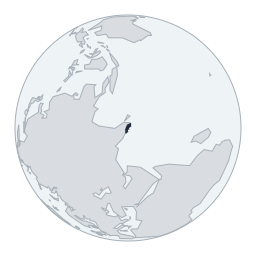 globe centered on Kerala, rotated 232°
{"feature_id": "IND-2442", "entity_name": "Kerala", "entity_type": "State", "adm_level": 1, "iso_a3": "IND", "parent_name": "India", "parent_adm1": "", "projection": "orthographic", "projection_center": [76.221, 10.533], "detail": "fine", "context": "on_globe", "style": "filled", "palette": "slate", "viewbox_px": 256, "rotation_deg": 232, "n_neighbors": 0, "source": "natural_earth", "source_scale": "10m", "svg_char_len": 9667}
<svg xmlns="http://www.w3.org/2000/svg" viewBox="0 0 256 256"><g transform="rotate(232 128 128)"><circle cx="128" cy="128" r="113" fill="#eef3f6" stroke="#a8b0b8"/><path d="M165.2,21.7L163.1,21.0L165.2,21.7ZM173.3,24.9L172.0,24.6L174.3,25.6L167.3,22.9L170.6,23.8L169.9,23.5L171.6,24.2L173.3,24.9ZM163.6,21.6L162.6,21.4L163.6,21.6ZM124.4,15.4L125.6,15.4L124.6,15.5L121.6,15.5L121.9,15.5L124.4,15.4ZM20.1,95.7L21.0,92.8L23.6,85.7L37.5,65.6L37.8,67.6L45.8,67.3L46.3,68.4L42.6,73.4L46.3,81.8L50.8,77.9L56.9,83.2L62.8,84.0L69.8,74.5L60.2,72.8L61.3,67.8L71.2,65.1L80.0,67.2L80.8,65.4L77.5,60.5L81.9,57.8L76.7,58.7L77.0,60.7L73.8,61.5L73.2,59.7L74.8,58.7L72.8,57.5L65.8,63.1L65.5,65.8L58.8,65.8L57.6,70.3L54.9,72.1L56.1,65.0L57.7,62.7L57.9,55.2L55.5,57.5L55.2,65.0L54.2,64.2L51.0,67.9L52.7,64.4L53.7,56.2L49.3,56.7L39.5,65.2L37.8,65.4L38.2,63.0L45.9,53.6L48.9,54.2L51.7,51.4L54.6,47.0L55.2,47.7L56.8,46.2L58.3,46.5L63.8,43.4L65.9,43.5L71.4,39.3L73.2,38.9L69.4,41.4L67.9,43.5L73.3,44.5L75.4,43.8L78.5,41.1L79.6,42.0L82.0,39.3L86.8,39.1L82.9,37.2L86.5,34.5L91.3,33.0L91.8,31.9L84.1,34.5L81.6,35.9L80.7,37.5L73.4,41.8L70.8,42.1L75.8,36.9L72.6,37.1L77.9,33.4L95.4,27.9L101.0,27.6L103.1,32.2L99.9,33.4L97.5,32.3L96.6,35.6L98.2,34.2L99.1,35.1L102.8,33.3L103.6,33.8L105.7,31.2L107.1,31.8L105.8,33.4L112.4,31.6L116.3,32.4L117.4,31.8L117.5,30.9L122.4,32.9L123.0,32.3L121.6,31.4L121.9,29.9L124.4,28.0L125.9,28.8L125.3,29.6L126.2,32.6L124.1,34.8L125.0,35.0L127.1,33.3L126.0,29.6L127.1,28.3L128.1,29.8L127.8,29.2L128.8,28.8L131.2,29.2L130.4,27.5L139.3,23.7L144.9,24.6L144.8,26.2L152.7,25.5L158.4,27.3L157.1,26.4L160.0,25.9L158.3,25.3L157.9,24.8L164.6,24.2L167.4,25.0L168.9,24.4L168.2,24.0L166.2,23.4L167.3,22.9L174.3,25.6L175.4,26.2L179.0,27.8L181.0,29.3L184.4,31.5L184.5,32.7L187.1,34.6L188.2,35.1L192.7,38.3L197.9,44.0L188.7,37.4L179.9,30.0L183.1,32.6L180.9,31.6L181.1,32.4L183.5,34.5L184.7,35.0L180.9,37.3L183.7,43.7L187.1,43.5L190.6,45.7L196.7,54.6L195.6,67.1L200.3,71.6L201.5,74.5L199.5,76.3L197.6,72.0L194.4,70.4L193.6,67.9L189.8,69.8L188.6,66.3L186.2,69.9L188.6,72.7L192.5,72.0L190.9,77.0L196.6,82.1L198.7,88.3L194.3,99.7L187.5,103.4L187.4,105.5L183.9,103.2L180.5,107.4L187.9,119.1L188.0,122.5L181.9,129.3L181.5,126.7L172.4,120.6L171.4,128.9L178.4,135.6L180.9,143.7L175.9,141.3L173.3,134.2L170.0,131.9L170.3,124.7L166.5,114.2L161.4,116.2L161.2,112.0L155.2,103.5L147.6,106.2L135.8,117.4L135.0,128.3L130.6,133.0L122.9,117.3L121.4,106.8L117.5,107.7L110.6,98.8L95.3,97.5L94.2,94.7L91.0,95.8L86.4,92.8L85.1,88.4L81.8,88.4L85.5,100.0L89.1,100.1L93.7,96.1L93.9,100.2L98.6,104.2L89.5,113.6L68.6,120.7L68.4,112.5L62.0,89.5L63.2,87.2L63.3,86.9L63.3,86.4L60.8,90.1L60.4,85.8L61.8,101.3L61.2,107.9L68.2,121.1L67.1,122.3L69.9,125.2L81.2,123.2L80.9,125.9L74.4,137.9L60.4,153.4L63.4,165.1L64.2,174.7L57.9,180.0L60.9,187.5L58.0,189.5L59.4,193.6L58.5,197.5L56.0,200.7L49.1,199.2L46.7,195.4L40.3,187.3L30.5,168.2L30.2,160.4L28.8,153.7L24.0,138.1L24.9,130.3L24.1,126.6L22.2,126.7L21.6,122.3L20.6,121.7L16.3,121.7L16.2,115.5L18.3,102.4L20.1,95.7ZM29.7,76.2L28.6,78.2L29.7,76.2ZM87.4,75.0L94.0,76.2L94.3,69.8L96.8,69.9L96.0,67.8L94.3,69.4L92.8,63.9L96.8,62.7L97.7,60.1L95.5,59.7L88.5,63.0L90.5,70.6L87.7,72.8L87.4,75.0ZM64.0,38.4L63.3,39.5L61.1,41.0L58.5,41.8L61.8,39.4L64.0,38.4ZM62.9,40.7L68.6,35.8L70.4,35.4L68.4,36.4L69.1,36.7L66.1,38.4L62.3,43.2L60.0,45.0L56.5,44.8L58.9,43.7L59.4,42.6L62.9,40.7ZM79.8,26.9L82.3,25.6L83.0,26.4L80.6,27.6L77.9,28.1L79.2,27.1L79.8,26.9ZM107.1,17.3L108.0,17.1L108.8,17.0L113.7,16.3L113.2,16.3L116.2,16.0L115.2,16.2L116.7,16.0L117.3,16.3L114.0,16.9L115.9,16.7L116.4,17.1L113.8,17.8L113.5,17.4L111.0,18.6L108.9,18.5L108.7,18.7L106.1,19.0L102.7,19.7L102.2,19.6L101.1,20.0L99.4,20.3L97.7,20.8L96.1,20.9L93.9,21.6L94.4,21.3L91.1,22.6L92.9,21.7L90.8,22.3L90.1,22.8L86.3,23.4L96.6,19.8L107.1,17.3ZM121.5,15.5L121.3,15.6L122.5,15.5L121.0,15.6L124.6,15.5L121.2,15.9L118.3,16.2L118.6,15.8L117.3,15.9L121.5,15.5ZM48.6,66.8L49.3,67.3L50.8,67.4L48.8,69.9L48.6,66.8ZM49.1,61.2L50.0,61.1L47.9,64.4L47.2,64.1L49.1,61.2ZM52.3,58.4L50.2,60.8L50.9,59.3L52.3,58.4ZM70.4,41.3L71.6,41.1L71.0,41.8L69.6,42.7L70.4,41.3ZM105.9,22.6L106.2,22.0L107.0,21.9L109.5,20.6L111.3,20.7L110.4,21.6L105.9,22.6ZM67.2,75.9L64.5,77.5L64.0,76.4L65.1,76.1L67.2,75.9ZM55.4,73.5L57.3,75.3L54.8,74.2L55.4,73.5ZM108.3,22.6L109.1,22.0L109.5,22.4L108.3,22.6ZM112.7,20.8L113.4,21.3L111.8,20.6L112.7,20.8ZM118.6,224.6L120.5,225.7L118.5,225.7L118.6,224.6ZM80.8,175.0L78.3,191.0L73.6,190.6L71.2,185.6L71.0,175.7L76.0,173.4L77.9,169.0L80.8,175.0ZM203.4,161.3L205.8,161.6L205.7,162.1L203.4,161.3ZM200.9,159.7L203.8,159.7L200.3,160.8L200.9,159.7ZM204.9,159.7L207.9,158.5L209.1,157.6L208.8,158.7L204.9,159.7ZM198.9,159.8L187.2,160.3L182.5,159.1L183.7,157.1L191.5,157.3L198.9,159.8ZM183.3,157.1L175.9,152.0L164.6,136.8L168.7,137.0L180.2,146.0L179.5,147.7L184.0,151.7L183.3,157.1ZM200.9,146.6L200.1,151.5L193.8,151.4L190.9,150.7L188.9,144.5L190.0,141.3L192.5,141.3L201.2,130.1L204.4,132.6L201.9,137.2L204.5,141.4L200.9,146.6ZM135.6,129.3L138.6,135.9L136.1,136.9L135.6,129.3ZM204.2,122.4L201.0,127.3L203.7,120.9L204.2,122.4ZM205.4,116.5L205.9,118.8L204.2,116.6L205.4,116.5ZM187.9,108.7L185.3,109.3L184.9,107.7L188.0,105.9L187.9,108.7ZM200.4,93.8L201.4,98.5L201.3,100.2L199.6,97.3L200.4,93.8ZM124.3,25.3L118.7,26.7L115.9,28.3L116.1,29.9L113.4,28.4L117.8,26.0L124.3,25.3ZM137.3,23.7L137.1,22.6L138.7,22.9L139.0,23.2L137.3,23.7ZM136.1,23.1L132.9,22.2L133.8,21.5L136.1,22.4L136.1,23.1ZM120.4,21.7L118.6,22.1L118.4,21.6L120.4,21.7ZM204.6,209.4L207.5,205.9L209.0,205.3L205.9,208.5L204.6,209.4ZM206.8,195.9L189.5,204.2L186.4,203.5L188.7,200.4L189.0,191.5L190.2,191.6L191.4,185.4L202.5,179.1L211.0,168.2L215.4,168.5L219.8,160.6L223.7,160.7L221.5,166.8L224.4,170.3L229.4,156.6L228.2,170.6L228.4,175.3L224.9,184.2L213.9,199.9L210.3,203.2L210.9,201.9L209.0,203.6L208.0,203.2L210.1,198.5L208.1,200.2L211.2,196.4L207.8,199.8L208.5,196.9L206.8,195.9ZM238.3,150.4L238.5,149.6L238.4,150.1L238.3,150.4ZM209.4,161.4L213.0,157.4L214.7,157.0L209.4,161.4ZM238.5,148.9L238.3,148.9L238.5,148.1L238.5,148.9ZM238.8,147.1L238.9,146.0L238.6,148.5L238.8,147.1ZM238.7,144.9L238.7,146.7L238.6,145.2L238.7,144.9ZM238.4,145.2L238.2,144.5L238.3,144.2L238.4,145.2ZM233.6,147.7L234.7,153.8L233.3,153.8L231.9,150.2L229.9,154.1L225.8,154.0L227.1,151.6L226.7,148.1L222.0,147.2L221.0,145.0L222.9,143.3L219.5,141.8L223.3,140.5L224.6,145.0L226.7,141.2L229.8,141.8L232.5,143.0L234.2,146.3L233.6,147.7ZM222.9,150.7L223.5,150.7L222.8,152.1L222.9,150.7ZM237.9,142.1L238.1,144.2L238.0,144.8L237.8,144.5L237.9,142.1ZM234.6,145.4L236.7,141.3L237.0,141.3L235.6,145.8L234.6,145.4ZM236.4,138.8L237.1,139.2L237.4,141.3L237.2,142.0L236.4,138.8ZM215.1,147.0L214.9,148.3L213.9,147.4L215.1,147.0ZM216.5,146.2L219.6,147.3L216.2,147.3L216.5,146.2ZM206.2,142.4L207.2,145.4L210.5,143.2L208.0,146.2L210.0,151.1L209.2,153.0L207.2,147.7L206.2,153.4L204.7,153.3L204.1,148.6L205.7,142.6L207.2,140.1L213.0,138.8L206.2,142.4ZM216.6,142.4L215.7,139.0L216.3,136.5L217.3,138.4L216.6,142.4ZM212.8,130.6L210.1,126.7L208.0,128.4L212.0,122.5L214.0,127.2L212.8,130.6ZM210.1,121.9L208.1,123.4L209.9,120.0L210.1,121.9ZM207.4,122.1L206.8,119.3L208.6,119.5L207.4,122.1ZM211.1,121.9L211.0,117.1L212.1,119.9L211.1,121.9ZM205.3,113.1L209.5,117.4L204.5,115.8L202.9,106.8L204.9,106.5L205.3,113.1ZM207.3,77.7L206.0,75.3L207.4,74.8L207.9,76.5L207.3,77.7ZM210.8,71.6L207.4,73.9L204.4,76.1L206.0,77.1L206.5,81.2L203.4,77.5L204.4,73.1L207.0,72.2L206.0,68.9L207.0,66.8L204.7,62.9L204.7,61.3L207.6,64.6L210.8,71.6ZM203.6,61.3L199.9,54.9L203.2,55.8L204.7,57.4L205.0,59.9L203.3,59.2L203.6,61.3ZM200.0,53.7L198.3,53.1L189.2,44.3L188.2,42.8L196.8,49.4L195.6,49.3L197.2,51.4L200.0,53.7ZM163.6,21.8L162.7,21.4L163.9,21.8L163.6,21.8ZM156.9,24.5L156.6,24.0L158.0,24.3L156.9,24.5ZM156.5,22.7L155.1,22.8L155.9,22.4L156.5,22.7ZM152.0,23.0L154.2,22.6L153.0,23.5L152.0,23.0Z" fill="#d9dde1" stroke="#a8b0b8" stroke-width="1"/><path d="M126.1,125.1L125.9,124.8L125.9,124.7L125.7,124.3L125.7,124.2L125.4,123.7L125.5,123.6L125.7,123.8L125.8,123.7L125.9,123.8L126.0,123.9L126.2,124.0L126.3,124.2L126.3,124.3L126.4,124.5L126.5,124.5L126.7,124.8L126.8,124.8L127.0,125.0L127.3,125.2L127.5,125.3L127.6,125.2L127.7,125.4L127.8,125.4L128.0,125.5L128.3,125.6L128.4,125.8L128.2,125.9L128.0,126.0L128.4,126.2L128.4,126.3L128.5,126.3L128.6,126.5L128.4,126.6L128.5,126.7L128.8,126.7L128.9,126.8L129.0,126.8L129.1,127.0L128.9,127.0L129.0,127.2L129.1,127.3L129.3,127.5L129.2,127.7L129.2,127.8L129.2,128.0L129.2,128.3L129.3,128.5L129.5,128.6L129.7,128.4L129.8,128.4L130.0,128.5L129.9,128.9L130.0,129.0L130.0,129.3L129.9,129.3L130.0,129.4L130.0,129.5L129.9,129.8L130.0,129.9L130.2,130.0L130.3,130.0L130.2,130.2L130.2,130.3L130.0,130.8L129.9,130.9L129.8,131.0L130.0,131.3L129.9,131.6L129.9,131.8L130.0,131.8L130.0,132.0L129.9,132.0L129.9,132.3L129.7,132.4L129.4,132.2L129.2,131.9L129.0,131.6L128.9,131.5L128.9,131.4L128.7,131.2L128.8,131.2L128.7,131.2L128.8,131.1L128.7,131.0L128.5,130.9L128.5,130.7L128.5,130.8L128.5,130.7L128.4,130.6L128.3,130.4L128.2,130.0L128.1,129.8L128.1,129.7L128.1,129.4L128.0,129.1L128.1,129.3L128.2,129.6L128.2,129.4L128.3,129.4L128.3,129.5L128.3,129.8L128.3,130.0L128.5,130.0L128.4,129.9L128.4,129.7L128.3,129.4L128.3,129.2L128.2,129.1L128.0,128.8L128.0,129.0L127.9,128.8L127.9,128.7L128.0,128.7L127.9,128.5L128.0,128.6L127.9,128.7L127.8,128.4L127.7,128.2L127.6,127.9L127.5,127.6L127.4,127.6L127.5,127.5L127.4,127.5L127.4,127.4L127.3,127.2L127.3,126.9L127.1,126.5L127.1,126.4L127.0,126.2L126.9,126.2L126.7,125.7L126.4,125.4L126.2,125.2L126.3,125.2L126.4,125.3L126.4,125.2L126.2,125.2L126.3,125.1L126.2,125.0L126.2,124.9L126.3,124.9L126.2,124.9L126.1,125.1Z" fill="#64748b" stroke="#1e293b" stroke-width="1.5"/></g></svg>